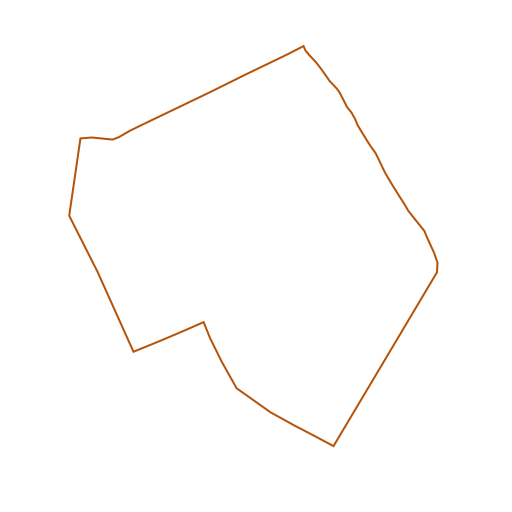 DuqqI, Al Jizah, Egypt, rotated 171°
{"feature_id": "37247803B46347292779018", "entity_name": "DuqqI", "entity_type": "district", "adm_level": 2, "iso_a3": "EGY", "parent_name": "Egypt", "parent_adm1": "Al Jizah", "projection": "mercator", "projection_center": [31.205, 30.043], "detail": "fine", "context": "isolated", "style": "outline", "palette": "amber", "viewbox_px": 512, "rotation_deg": 171, "n_neighbors": 0, "source": "geoboundaries", "source_scale": "gbopen_adm2", "svg_char_len": 874}
<svg xmlns="http://www.w3.org/2000/svg" viewBox="0 0 512 512"><g transform="rotate(171 256 256)"><path d="M79.8,211.6L77.8,221.0L79.6,231.3L84.3,248.0L85.7,254.2L93.4,267.7L98.3,276.4L101.8,285.2L105.2,292.9L109.1,302.0L112.7,310.9L115.7,318.6L117.6,325.0L119.4,331.2L121.9,339.2L125.7,346.6L127.6,351.0L129.5,355.5L132.1,361.7L135.2,369.4L136.7,375.8L139.3,382.8L142.8,388.9L144.5,394.2L147.8,404.3L150.0,408.7L155.8,417.1L158.6,422.9L162.8,431.3L166.3,437.7L169.2,442.1L171.8,445.8L175.0,451.2L176.2,455.9L193.2,450.3L238.1,436.8L276.5,424.8L350.4,402.7L361.4,399.3L372.7,394.9L379.4,393.4L399.5,398.7L411.0,399.6L434.2,325.0L414.9,264.9L392.0,180.6L386.0,182.0L360.5,188.0L330.9,195.5L318.1,198.9L314.2,182.0L306.3,156.7L295.8,128.3L289.5,122.2L266.2,99.4L244.5,82.5L224.5,67.7L209.2,56.1L139.1,140.3L79.8,211.6Z" fill="none" stroke="#b45309" stroke-width="2"/></g></svg>